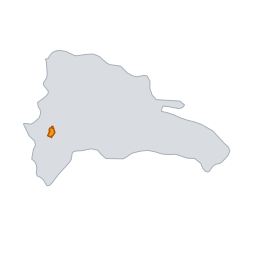 location of Villa Jaragua, Bahoruco, Dominican Republic, rotated 8°
{"feature_id": "3306468B1836648434057", "entity_name": "Villa Jaragua", "entity_type": "district", "adm_level": 2, "iso_a3": "DOM", "parent_name": "Dominican Republic", "parent_adm1": "Bahoruco", "projection": "orthographic", "projection_center": [-71.495, 18.534], "detail": "fine", "context": "in_parent", "style": "filled", "palette": "amber", "viewbox_px": 256, "rotation_deg": 8, "n_neighbors": 0, "source": "geoboundaries", "source_scale": "gbopen_adm2", "svg_char_len": 2937}
<svg xmlns="http://www.w3.org/2000/svg" viewBox="0 0 256 256"><g transform="rotate(8 128 128)"><path d="M37.0,172.2L37.3,162.3L38.8,158.3L37.4,154.0L31.1,149.5L27.3,143.7L23.9,138.6L24.6,137.9L31.5,137.6L33.9,135.8L38.5,130.5L39.4,126.3L39.1,123.1L36.1,119.3L34.9,115.3L38.6,111.8L43.4,106.6L44.1,104.7L44.0,102.7L38.4,97.3L38.0,95.0L40.6,89.2L40.4,85.3L37.8,73.2L36.6,71.4L39.1,70.4L40.7,66.7L42.9,63.5L45.8,61.8L49.1,60.7L55.6,60.8L64.7,63.6L67.3,63.6L76.0,61.0L83.2,59.6L90.0,61.2L92.7,63.3L98.3,66.8L101.2,67.8L110.0,67.7L112.4,68.0L119.9,73.7L126.2,75.9L129.9,76.0L136.4,73.7L139.6,73.8L143.3,78.7L144.1,85.7L147.3,92.0L152.1,96.0L175.6,94.1L180.8,97.4L179.1,100.2L175.8,101.7L164.6,101.2L159.7,101.5L158.8,104.3L158.8,106.9L165.3,107.4L171.8,108.6L178.3,110.6L185.0,111.9L192.5,112.7L199.8,114.1L212.2,119.0L226.0,130.2L229.7,132.7L232.1,136.3L231.1,140.7L226.3,148.0L223.6,150.4L219.6,151.8L216.9,154.8L214.3,159.9L212.7,160.4L210.8,160.2L207.5,157.4L205.1,153.0L198.4,149.0L190.6,149.6L179.1,147.4L172.1,148.6L165.2,149.0L158.0,147.8L150.8,147.4L143.7,149.1L136.8,151.8L134.2,153.5L129.8,157.6L127.4,159.2L110.5,161.3L105.6,158.3L101.1,154.2L94.6,153.7L85.2,156.9L79.3,158.1L76.9,159.5L76.2,161.0L76.2,166.8L74.8,170.3L65.6,183.6L60.5,192.9L58.3,195.8L55.8,196.4L51.3,191.1L48.4,189.1L44.8,188.1L43.3,185.3L43.4,181.2L42.4,177.3L40.2,174.2L37.0,172.2Z" fill="#d9dde1" stroke="#a8b0b8" stroke-width="1"/><path d="M49.6,146.7L49.8,146.7L50.0,146.8L50.3,147.0L50.5,147.0L50.8,147.2L51.0,147.2L51.1,147.3L51.4,147.4L51.5,147.4L51.6,147.5L51.9,147.5L52.3,147.5L52.5,147.6L53.0,147.7L53.2,147.8L53.4,147.9L53.5,148.0L53.7,147.7L53.7,147.4L53.7,147.2L53.6,146.9L53.5,146.7L53.8,146.5L54.0,146.5L54.2,146.4L54.3,146.3L54.5,146.1L54.6,145.8L54.8,145.5L54.9,145.4L55.0,145.2L55.2,144.8L55.2,144.6L55.3,144.5L55.4,144.3L55.4,144.2L55.5,144.0L55.5,143.9L55.6,143.7L55.7,143.4L55.8,143.3L55.8,143.2L56.0,143.1L56.1,142.9L56.1,142.6L56.1,142.4L55.9,142.1L55.8,141.8L55.7,141.7L55.6,141.3L55.6,141.2L55.3,140.6L55.1,140.4L54.9,140.2L54.7,140.1L54.5,139.9L54.4,139.8L54.4,139.7L54.4,139.3L54.4,139.2L54.5,139.0L54.5,138.9L54.4,138.8L54.4,138.7L54.1,138.5L54.1,138.4L53.9,138.3L53.7,138.4L53.5,138.6L53.4,138.7L53.2,138.7L53.0,138.4L53.0,137.9L53.0,137.7L53.2,137.4L53.2,137.2L53.3,137.0L53.0,137.0L52.7,137.0L52.4,137.0L52.3,137.3L52.2,137.6L52.0,137.9L52.0,138.0L51.9,138.2L51.8,138.4L51.7,138.5L51.3,138.8L51.1,138.9L50.8,139.1L50.7,139.1L50.5,139.3L50.5,139.5L50.4,139.7L50.4,139.9L50.3,140.0L50.3,140.3L50.2,140.5L50.2,140.8L50.3,140.9L50.3,141.1L50.4,141.3L50.5,141.3L50.5,141.5L50.6,141.8L50.8,141.9L51.0,141.9L51.1,142.0L51.3,142.2L51.3,142.3L51.2,142.3L51.0,142.5L50.9,142.5L50.7,142.7L50.7,142.8L50.7,143.0L50.6,143.3L50.5,143.5L50.4,143.6L50.3,143.8L50.3,144.0L50.3,144.5L50.3,144.8L50.2,145.0L50.0,145.3L49.9,145.5L49.8,145.8L49.8,146.0L49.7,146.3L49.6,146.5L49.6,146.7Z" fill="#f59e0b" stroke="#b45309" stroke-width="1.5"/></g></svg>